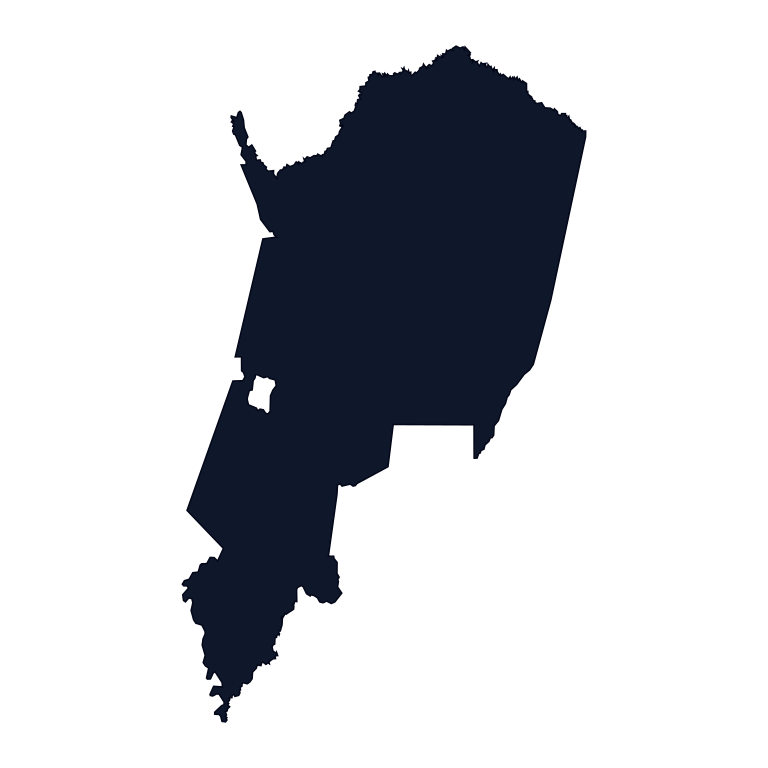 Corumbá, Mato Grosso do Sul, Brazil
{"feature_id": "56859067B41518599225549", "entity_name": "Corumbá", "entity_type": "district", "adm_level": 2, "iso_a3": "BRA", "parent_name": "Brazil", "parent_adm1": "Mato Grosso do Sul", "projection": "equal_earth", "projection_center": [-56.958, -19.058], "detail": "fine", "context": "isolated", "style": "filled", "palette": "ink", "viewbox_px": 768, "rotation_deg": 0, "n_neighbors": 0, "source": "geoboundaries", "source_scale": "gbopen_adm2", "svg_char_len": 5992}
<svg xmlns="http://www.w3.org/2000/svg" viewBox="0 0 768 768"><path d="M550.8,300.1L585.6,136.9L585.7,131.0L582.0,131.1L582.2,130.1L581.3,130.3L579.9,127.6L578.8,128.7L577.2,126.5L575.0,126.9L574.6,125.8L575.5,125.3L573.6,123.2L572.8,124.0L572.3,123.0L572.2,124.0L570.6,119.8L569.5,119.9L568.8,116.3L567.9,117.5L566.1,116.6L566.7,115.5L565.1,115.0L565.4,113.6L561.6,113.6L561.0,115.5L557.8,114.6L557.4,111.7L554.4,108.8L553.7,110.4L550.5,108.2L544.8,107.8L541.6,102.7L537.3,103.5L534.7,102.6L535.0,101.1L532.9,100.3L532.2,98.2L530.3,97.2L531.2,96.7L528.0,94.2L527.8,91.5L526.6,92.0L526.5,83.5L522.7,81.0L522.7,82.2L521.1,81.6L519.4,78.8L518.1,80.5L517.1,77.1L515.5,79.2L514.2,77.1L513.2,79.2L512.6,77.3L510.6,79.4L510.1,76.9L508.4,78.9L503.2,74.4L501.4,75.7L500.4,73.9L499.4,75.1L497.2,71.6L497.1,69.8L495.1,69.6L494.0,71.2L494.2,68.0L492.4,70.2L491.0,66.4L490.0,67.0L488.0,64.5L487.8,66.5L486.3,67.3L485.7,65.2L484.2,65.3L485.9,63.4L482.3,63.8L481.1,62.6L479.4,66.2L477.0,62.2L477.6,61.2L475.5,61.9L473.9,60.5L472.4,62.3L472.7,59.7L470.6,60.0L469.4,56.1L470.0,54.9L468.4,55.0L470.4,52.8L465.0,46.9L464.3,49.7L463.0,46.9L460.0,48.1L456.1,46.1L452.3,48.6L452.6,50.4L450.6,49.5L447.7,51.2L446.5,50.2L445.7,53.9L442.7,53.9L443.3,56.9L441.3,55.7L441.6,57.3L439.8,56.9L437.6,55.5L437.4,58.1L436.1,57.8L436.7,60.0L435.3,59.3L435.2,60.6L432.7,61.0L433.6,62.7L432.7,64.8L431.3,65.7L429.2,64.6L427.8,65.9L427.9,67.5L426.3,66.9L426.2,68.2L423.5,64.1L422.9,66.4L419.8,68.1L419.1,70.4L416.5,73.0L415.2,72.2L411.8,75.7L410.8,74.6L410.8,72.2L408.9,72.7L408.5,70.5L407.9,71.8L404.5,69.8L404.0,67.7L403.2,69.2L402.3,68.7L403.4,70.9L400.5,73.7L400.0,72.4L397.4,74.2L394.7,72.8L393.6,73.9L394.1,75.4L391.5,75.8L389.4,75.8L387.5,74.0L386.9,76.1L384.7,73.2L384.1,74.7L382.8,74.0L383.4,75.9L382.4,77.0L379.6,73.2L378.1,74.6L378.4,73.2L375.4,73.2L374.9,71.3L373.1,71.8L372.3,74.5L370.0,74.7L369.8,76.7L368.3,77.3L369.0,81.0L365.9,82.7L365.8,86.0L360.1,86.6L360.0,89.6L358.5,91.2L361.2,92.7L361.0,94.8L359.6,94.3L358.7,95.7L360.6,98.8L357.6,99.7L357.3,103.6L355.9,103.1L355.2,105.2L355.8,106.8L354.1,111.3L351.1,113.1L349.5,111.8L345.1,115.0L343.9,118.4L339.8,120.3L340.6,123.2L339.8,125.8L341.1,126.3L342.6,124.9L342.8,126.3L339.5,131.5L338.9,134.6L335.6,137.0L334.7,140.5L333.1,140.9L330.9,147.8L327.4,148.4L326.6,150.8L325.0,151.4L324.3,154.4L322.3,154.8L322.0,156.4L317.7,154.1L316.6,155.9L314.0,155.6L310.1,157.9L307.1,156.8L304.8,159.5L303.9,158.7L304.6,161.1L306.3,161.8L303.4,162.0L302.1,163.5L299.4,162.4L299.5,163.8L298.6,163.9L298.5,161.9L297.2,162.8L296.2,161.9L293.9,165.1L290.0,166.6L287.0,164.5L285.9,167.8L284.1,167.0L282.5,169.9L280.4,170.0L277.7,173.3L276.8,178.3L273.5,174.1L273.6,170.6L268.4,171.2L265.9,169.4L266.4,167.1L263.7,165.1L262.8,162.7L261.0,162.6L260.2,159.9L256.4,160.3L255.6,156.1L257.1,155.6L255.2,153.9L254.5,151.9L255.5,151.1L251.8,145.0L248.7,147.3L245.9,144.9L246.4,139.1L247.9,137.0L244.2,127.7L243.5,120.0L241.2,112.6L240.0,111.3L238.4,112.5L236.8,117.6L231.3,116.0L231.1,117.4L232.8,119.9L231.7,121.5L233.5,121.3L232.2,122.6L233.8,123.7L232.7,126.3L234.2,126.6L232.6,131.0L233.7,134.1L235.4,134.8L239.7,145.3L242.5,147.3L241.1,154.8L246.1,161.3L246.1,164.9L241.1,164.9L257.2,204.1L260.6,219.4L269.9,231.7L273.0,231.3L274.1,234.8L276.6,237.1L262.9,238.9L235.2,356.9L241.5,356.8L241.6,370.8L243.5,372.5L245.0,376.8L242.8,380.7L232.9,381.0L187.0,510.4L223.4,548.4L217.6,561.0L214.2,557.6L210.1,557.4L206.8,563.6L201.6,563.8L200.2,565.1L198.2,572.1L192.8,572.7L189.2,579.2L184.4,580.7L182.3,584.2L183.6,585.8L187.1,585.9L188.5,588.1L182.7,594.8L183.5,600.5L185.5,601.9L188.8,597.9L191.9,598.7L192.8,602.8L191.1,610.5L193.6,619.8L195.8,623.2L201.9,625.1L205.0,631.3L205.2,633.8L203.0,639.0L202.2,645.1L205.2,655.4L203.2,662.6L205.5,666.0L208.7,668.0L206.5,678.0L207.4,679.1L210.4,679.0L213.3,672.8L215.1,671.8L222.1,682.6L222.4,686.9L213.6,686.3L210.0,694.4L210.3,695.5L212.7,696.0L216.7,693.9L219.1,694.2L224.2,702.2L223.8,704.9L221.8,705.5L214.7,712.2L214.7,714.2L219.2,714.5L220.7,716.3L222.0,721.4L225.6,721.9L227.0,719.9L226.0,718.7L226.9,717.6L225.4,716.6L226.5,715.1L225.4,711.6L227.1,711.0L227.6,708.7L229.7,706.8L227.7,705.2L228.7,703.5L227.5,703.0L229.7,699.8L229.2,697.8L231.9,697.7L232.2,695.3L234.0,694.4L234.8,696.4L238.7,695.4L240.0,692.8L239.4,691.0L240.5,689.9L240.2,687.4L242.1,685.9L241.9,683.8L243.4,682.8L247.3,683.8L249.9,681.9L252.1,678.8L252.6,672.1L256.3,668.2L257.2,665.1L261.0,665.6L261.6,663.1L262.9,662.1L265.9,664.4L268.1,662.9L269.4,663.8L269.0,661.7L273.0,658.8L275.5,658.6L275.1,657.0L276.0,655.6L277.7,655.6L276.6,652.4L276.4,653.2L273.1,651.2L272.1,647.3L272.9,645.0L274.7,644.1L275.0,637.6L276.5,637.4L276.8,635.5L278.6,634.3L279.1,635.0L279.5,633.6L278.6,632.6L279.4,630.6L280.3,630.9L282.0,625.0L282.4,619.0L281.0,618.2L281.6,616.9L282.5,618.1L285.2,613.6L286.1,614.2L293.6,609.2L293.9,606.2L292.6,604.6L293.8,604.5L294.8,601.3L296.8,601.6L296.6,589.6L297.5,587.5L301.4,585.5L303.2,586.8L306.5,593.7L310.2,596.0L311.0,594.8L314.1,595.6L317.5,597.8L319.7,601.9L323.0,602.8L326.6,601.1L331.3,603.5L334.8,602.0L341.8,593.1L337.6,587.0L338.4,581.3L337.7,579.7L339.1,577.1L337.0,573.5L337.1,562.4L334.0,558.5L333.7,556.2L328.4,556.2L337.0,494.2L337.5,484.9L340.2,483.9L342.0,486.1L350.3,484.1L353.0,486.1L355.3,485.6L357.0,483.5L388.0,466.7L393.2,424.5L474.0,424.8L474.1,458.2L477.1,458.1L478.7,453.6L480.2,453.0L481.0,450.5L483.9,449.2L485.0,444.9L488.9,441.4L490.2,437.9L492.1,437.6L493.7,435.1L494.1,425.9L498.5,420.5L501.8,409.4L505.4,403.7L507.1,397.3L509.2,394.7L510.7,389.9L516.6,384.5L524.1,374.4L529.5,370.0L533.3,364.4L550.8,300.1ZM254.9,378.2L255.6,374.8L257.3,374.8L263.8,377.7L267.6,376.6L269.5,378.4L275.2,379.9L276.2,385.7L272.9,390.1L270.5,395.7L270.1,411.3L267.8,414.1L265.5,413.1L263.4,409.8L260.0,409.1L257.8,410.8L256.4,408.1L248.5,404.8L247.2,399.5L247.5,397.2L249.3,390.6L252.2,389.9L253.2,380.5L254.9,378.2ZM384.1,74.7L385.2,75.5L384.5,77.2L384.4,76.3L384.1,74.7Z" fill="#0f172a" stroke="#020617" stroke-width="1.5"/></svg>